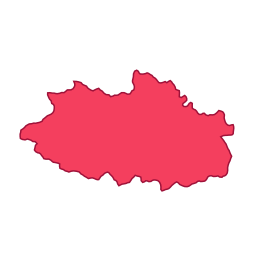 Três Pontas, Minas Gerais, Brazil (Albers equal-area conic projection), rotated 187°
{"feature_id": "56859067B88282475528455", "entity_name": "Três Pontas", "entity_type": "district", "adm_level": 2, "iso_a3": "BRA", "parent_name": "Brazil", "parent_adm1": "Minas Gerais", "projection": "albers", "projection_center": [-45.5, -21.406], "detail": "fine", "context": "isolated", "style": "filled", "palette": "rose", "viewbox_px": 256, "rotation_deg": 187, "n_neighbors": 0, "source": "geoboundaries", "source_scale": "gbopen_adm2", "svg_char_len": 3912}
<svg xmlns="http://www.w3.org/2000/svg" viewBox="0 0 256 256"><g transform="rotate(187 128 128)"><path d="M24.1,144.1L25.6,143.7L27.6,142.8L29.5,143.1L31.1,144.3L32.3,146.0L33.1,147.8L33.8,149.7L33.9,152.8L34.8,154.4L36.0,155.6L37.8,156.1L40.0,156.4L40.8,155.2L42.0,153.6L43.8,151.9L45.7,151.3L48.3,151.1L50.0,150.0L52.3,150.5L54.0,151.9L55.4,151.7L56.9,150.4L59.0,150.2L60.7,151.4L61.9,153.0L63.4,154.2L65.3,154.7L66.6,155.6L67.0,158.0L67.2,160.3L68.8,161.0L70.2,159.9L70.9,158.5L71.6,157.1L73.1,156.3L75.3,156.2L76.6,157.3L76.4,159.0L75.3,160.1L74.2,161.2L73.1,162.7L73.3,164.4L74.2,166.1L75.7,167.2L77.4,165.9L78.9,164.7L80.9,165.3L81.1,167.8L81.2,169.4L81.7,171.3L83.7,171.7L85.4,172.2L86.2,174.4L87.7,176.5L89.3,177.8L90.4,179.2L91.9,180.2L93.4,179.2L95.0,177.7L96.8,178.6L98.8,177.5L100.9,176.7L102.9,176.8L104.3,178.1L105.8,179.7L107.2,180.8L109.1,181.6L110.6,183.1L112.5,183.8L114.2,184.7L115.8,185.0L117.3,184.1L119.8,183.3L122.5,183.1L123.9,184.2L124.6,185.5L126.4,186.4L128.3,185.2L129.1,182.5L128.9,179.4L129.1,177.4L129.3,175.8L129.1,174.2L128.3,172.9L127.4,171.6L126.8,170.2L126.6,168.4L126.9,166.5L128.7,165.3L129.3,163.6L130.3,162.0L132.5,161.5L134.4,162.1L136.2,162.6L138.7,162.3L140.4,160.8L141.9,159.5L143.8,159.0L145.2,159.0L146.9,157.8L149.1,157.0L150.9,158.6L153.9,158.5L156.2,159.7L158.0,161.4L160.3,162.4L161.9,163.8L164.0,162.8L166.0,161.5L167.2,160.6L169.2,161.0L171.3,161.9L173.0,162.9L174.3,164.5L176.2,165.0L178.4,165.7L180.1,167.3L183.0,167.8L185.1,167.9L187.5,167.7L186.2,165.3L186.0,163.6L186.4,162.1L187.4,160.2L189.3,158.9L191.4,158.6L192.9,158.4L194.1,157.0L195.8,155.3L198.2,155.1L200.1,154.1L202.5,153.4L203.9,153.4L205.6,153.6L207.3,153.4L209.9,153.5L212.0,153.1L211.8,151.1L211.0,149.7L210.2,148.3L209.2,146.9L207.7,145.8L206.7,143.1L204.9,142.3L203.9,140.9L203.6,138.8L203.6,136.2L204.3,134.2L205.8,132.5L207.7,131.3L209.5,130.3L210.7,129.0L212.1,127.5L213.4,126.2L214.1,124.2L216.5,122.8L218.8,122.0L220.5,121.4L222.0,121.4L224.2,120.5L226.5,120.0L228.2,118.8L229.7,117.6L230.5,116.3L231.8,114.7L234.0,112.8L234.0,110.7L234.3,108.8L234.0,106.4L233.5,104.5L231.5,103.8L228.7,103.7L226.5,104.8L224.2,104.4L222.6,104.0L220.9,103.0L218.3,103.1L216.3,101.3L217.7,99.6L217.9,97.3L218.2,94.8L216.8,93.3L214.6,92.4L212.9,92.3L211.6,91.6L210.3,90.1L208.8,88.7L207.8,87.3L205.6,87.1L202.8,87.5L200.7,86.7L199.5,85.8L198.0,84.9L196.4,84.9L194.3,84.7L192.8,84.5L191.4,84.0L191.3,81.8L190.6,79.7L189.0,79.2L187.1,78.9L185.1,77.8L182.8,77.5L181.3,77.1L179.1,78.2L176.8,78.8L173.9,78.8L170.9,78.4L169.3,76.8L167.3,76.0L165.3,74.8L163.4,74.1L161.1,73.0L159.3,73.7L157.4,74.2L155.3,73.8L153.8,73.3L152.3,73.0L150.8,73.2L150.0,74.7L149.0,76.7L147.1,78.3L145.8,80.1L144.3,81.1L142.8,81.7L141.4,81.2L140.1,79.8L138.6,78.7L137.2,77.5L136.3,76.3L135.4,74.9L133.6,74.4L132.3,73.2L131.4,71.2L130.0,69.6L128.5,70.6L127.2,71.5L125.5,72.0L123.3,72.7L121.8,73.6L119.9,74.2L118.7,76.5L117.8,78.4L116.4,79.9L115.1,81.9L112.9,81.4L111.0,81.3L109.3,80.8L108.8,79.0L108.5,77.3L106.8,75.8L105.0,76.7L103.9,77.8L102.4,77.8L100.7,77.3L98.7,77.8L97.5,78.9L96.0,79.6L94.1,79.7L91.9,79.4L90.1,78.1L88.7,75.8L88.1,73.4L87.9,71.0L86.6,69.7L84.9,70.5L83.3,71.5L81.8,72.0L80.2,72.8L78.8,74.4L77.6,76.2L76.6,77.3L75.1,78.9L73.2,80.4L71.5,79.8L69.8,78.3L68.4,77.8L66.8,77.3L64.6,76.8L62.1,77.0L60.5,77.7L59.1,78.9L57.7,80.2L56.0,80.9L53.7,82.0L52.4,83.5L50.8,84.1L49.3,83.7L47.3,84.1L45.3,84.7L44.0,86.2L43.4,87.6L42.8,89.2L41.4,90.3L39.6,90.8L37.2,90.3L34.9,90.7L32.9,91.4L31.0,90.5L28.7,90.6L27.7,91.8L26.2,92.3L24.9,93.5L24.0,95.5L23.9,98.2L24.3,100.7L24.1,103.2L23.6,105.7L22.8,107.9L22.4,110.1L21.7,112.6L23.0,114.5L24.0,116.2L24.9,118.0L26.3,119.6L27.5,121.7L28.7,124.0L30.3,125.7L31.5,127.2L33.1,128.8L34.9,130.6L32.4,132.1L30.3,132.6L28.9,132.8L27.3,133.2L25.3,133.5L23.9,133.9L22.9,135.1L23.0,136.8L23.0,138.4L23.0,140.7L23.4,142.6L24.1,144.1Z" fill="#f43f5e" stroke="#9f1239" stroke-width="1.5"/></g></svg>